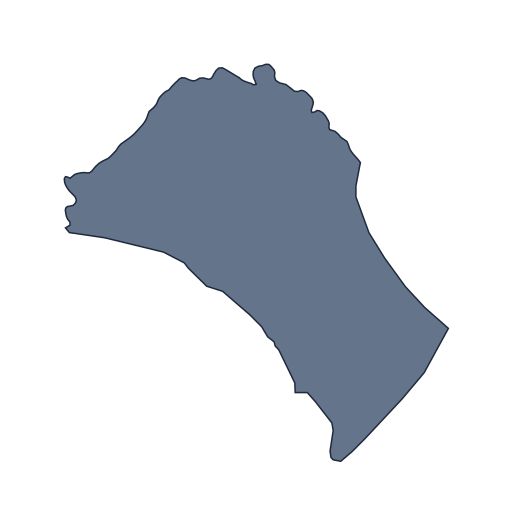 San Pedro La Laguna, Sololá, Guatemala (Mercator projection), rotated 278°
{"feature_id": "79465075B50823159206102", "entity_name": "San Pedro La Laguna", "entity_type": "district", "adm_level": 2, "iso_a3": "GTM", "parent_name": "Guatemala", "parent_adm1": "Sololá", "projection": "mercator", "projection_center": [-91.261, 14.648], "detail": "fine", "context": "isolated", "style": "filled", "palette": "slate", "viewbox_px": 512, "rotation_deg": 278, "n_neighbors": 0, "source": "geoboundaries", "source_scale": "gbopen_adm2", "svg_char_len": 2437}
<svg xmlns="http://www.w3.org/2000/svg" viewBox="0 0 512 512"><g transform="rotate(278 256 256)"><path d="M211.1,456.6L228.4,430.3L246.4,408.2L271.8,383.7L294.8,364.6L328.4,346.7L339.3,345.2L360.0,346.2L363.0,346.4L365.9,343.5L367.5,341.6L370.0,338.6L371.9,336.6L374.5,334.3L376.7,333.1L379.1,332.0L382.1,330.1L383.7,326.8L385.5,323.3L388.2,320.4L390.4,317.0L391.0,313.9L391.4,311.3L393.9,310.2L397.2,310.1L399.8,308.9L402.5,306.8L404.5,305.2L406.9,302.5L408.6,298.7L408.6,296.2L406.6,293.8L405.9,291.4L408.0,290.4L410.2,290.8L414.1,291.4L416.7,291.3L419.6,289.7L421.4,287.7L423.9,284.4L425.2,282.6L426.2,280.1L426.3,277.7L424.7,274.6L424.5,271.2L427.2,266.7L430.0,261.7L430.3,258.9L430.7,255.4L431.6,253.3L432.7,251.1L436.0,249.4L440.3,249.1L442.7,248.1L446.4,243.9L447.5,242.0L447.2,239.0L445.2,235.4L444.4,232.3L442.0,228.8L438.4,227.6L434.9,227.9L432.0,228.9L429.6,230.4L426.1,232.3L425.2,229.9L426.2,227.2L426.6,224.6L427.0,222.3L427.8,219.0L428.9,216.6L430.4,214.3L431.3,211.9L436.0,201.0L437.7,196.5L436.9,192.9L435.3,191.6L433.7,190.4L431.7,189.6L429.8,188.7L427.9,188.1L426.1,187.3L424.4,185.0L424.7,181.8L425.0,179.1L424.3,175.6L421.9,172.5L420.8,170.4L420.8,167.0L421.5,164.1L422.4,161.1L422.2,157.5L420.4,155.2L418.4,153.8L416.3,152.0L412.3,149.1L409.7,147.5L408.1,146.4L406.7,144.2L405.2,142.6L403.4,141.1L400.9,139.3L399.2,138.3L396.8,137.4L394.0,136.7L392.2,136.1L389.2,134.3L386.8,132.3L384.3,130.1L382.3,129.6L377.5,128.6L375.0,127.8L372.5,126.7L369.5,125.0L366.5,122.9L363.5,120.9L359.8,118.3L356.0,115.0L348.0,106.6L345.2,104.7L342.7,103.6L340.7,102.6L338.9,101.3L336.8,99.8L334.5,98.1L332.1,96.0L330.3,93.4L328.4,90.6L326.0,87.7L324.4,86.4L322.6,84.9L320.9,83.8L318.9,82.6L317.1,81.5L315.3,79.6L314.8,77.7L314.8,75.2L314.5,73.0L313.6,69.8L312.5,66.9L311.4,65.0L309.0,62.8L307.1,61.1L307.9,58.8L308.1,56.3L305.7,55.4L302.5,56.2L300.4,57.2L298.2,58.7L295.0,61.5L289.5,68.6L286.4,70.3L283.7,70.0L280.7,67.9L279.3,64.3L278.7,62.2L277.0,60.9L274.8,60.8L271.1,61.9L268.6,62.9L266.3,64.3L263.6,67.1L260.6,67.5L259.1,65.6L257.3,63.4L253.2,68.0L253.0,103.4L247.0,163.8L239.2,186.0L234.5,190.7L219.2,211.4L216.4,227.8L196.8,258.2L186.7,271.5L177.6,278.8L173.5,285.9L169.5,287.6L166.3,291.6L135.7,312.1L126.2,313.8L127.9,325.8L119.8,335.3L101.2,354.4L93.9,356.7L73.0,356.5L66.9,358.3L64.9,360.8L64.5,368.5L76.1,378.7L90.8,389.7L134.7,420.5L163.9,438.8L211.1,456.6Z" fill="#64748b" stroke="#1e293b" stroke-width="1.5"/></g></svg>